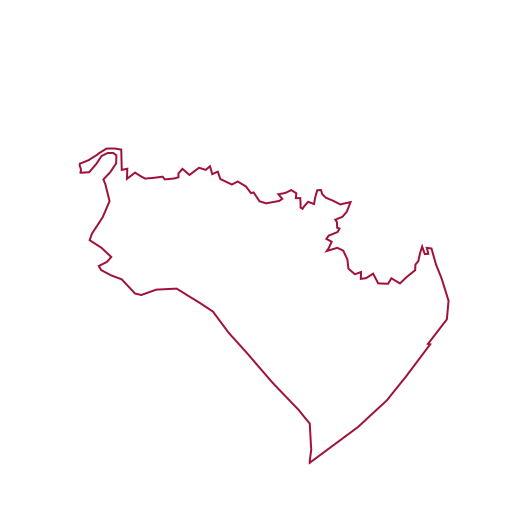 Garr-Bain, Nimba, Liberia (Robinson projection), rotated 41°
{"feature_id": "62588387B82144239475407", "entity_name": "Garr-Bain", "entity_type": "district", "adm_level": 2, "iso_a3": "LBR", "parent_name": "Liberia", "parent_adm1": "Nimba", "projection": "robinson", "projection_center": [-8.959, 7.219], "detail": "fine", "context": "isolated", "style": "outline", "palette": "rose", "viewbox_px": 512, "rotation_deg": 41, "n_neighbors": 0, "source": "geoboundaries", "source_scale": "gbopen_adm2", "svg_char_len": 2417}
<svg xmlns="http://www.w3.org/2000/svg" viewBox="0 0 512 512"><g transform="rotate(41 256 256)"><path d="M432.2,376.8L445.2,318.0L447.0,301.1L449.5,278.9L449.2,273.1L448.5,255.1L448.3,248.7L448.0,244.9L445.4,208.4L443.4,209.5L443.4,208.3L442.6,195.3L441.6,178.6L430.7,163.5L420.6,157.2L410.7,151.1L397.4,144.3L383.5,135.2L379.6,137.8L384.6,141.3L382.1,143.8L375.2,139.9L378.0,146.3L381.9,153.4L381.9,157.8L385.4,162.3L383.5,173.1L382.6,182.3L372.8,184.0L373.9,190.3L366.2,196.5L356.0,192.5L353.6,200.5L351.5,202.9L350.1,204.5L345.8,199.2L342.6,204.9L338.2,204.9L334.0,204.9L327.3,198.7L323.5,197.0L318.3,194.7L312.0,196.5L306.1,205.8L305.9,203.6L305.7,202.3L303.8,195.6L297.9,196.9L297.5,192.9L301.8,184.5L301.7,183.8L301.0,180.5L298.7,181.4L294.8,177.3L292.0,176.5L295.5,169.8L295.5,163.1L292.0,153.3L285.7,161.8L278.3,163.6L270.4,166.2L265.3,165.8L261.8,163.6L259.1,166.2L262.2,172.9L265.7,178.7L259.8,180.9L259.8,188.0L260.2,189.8L259.7,189.9L257.9,190.2L256.9,189.1L254.3,186.2L251.4,183.3L248.1,186.2L245.3,182.2L239.4,183.1L236.7,189.3L232.4,194.7L238.3,195.6L237.5,199.0L234.0,203.5L229.1,209.6L224.8,211.5L222.8,212.4L213.3,209.8L212.5,209.6L211.0,211.8L207.0,211.0L202.7,210.1L201.6,210.3L199.3,210.7L197.2,211.1L193.3,211.8L190.9,217.9L190.5,218.0L178.6,221.3L171.8,217.4L169.3,222.9L162.4,218.5L161.5,224.0L155.1,226.8L152.6,238.5L148.0,238.5L143.3,238.5L143.3,244.6L145.8,247.4L143.8,250.7L139.6,255.2L136.9,258.0L133.5,257.4L127.1,264.6L123.2,268.6L121.7,270.2L117.3,271.3L110.0,272.4L108.0,282.4L101.6,274.6L98.2,279.1L84.5,264.1L79.1,267.4L72.7,273.0L70.1,281.5L69.6,284.2L67.5,291.0L66.9,293.3L62.9,301.1L62.5,301.8L63.3,303.2L66.8,305.3L67.0,305.5L67.7,306.3L68.8,307.6L68.4,308.8L75.1,302.3L75.1,293.5L75.1,291.4L73.8,281.8L76.5,275.6L80.5,272.0L84.6,271.6L89.7,277.9L91.0,288.3L90.9,290.8L90.6,298.3L95.4,300.8L109.5,310.7L110.5,313.8L113.3,322.5L114.8,327.2L115.7,333.5L117.5,346.7L120.1,353.2L127.7,352.1L133.8,351.2L147.4,351.7L147.4,355.1L147.4,358.2L143.9,366.7L148.3,368.2L159.3,365.7L162.2,364.6L169.9,361.7L189.3,363.7L195.0,360.7L197.1,357.0L201.4,349.3L202.9,346.7L217.5,332.7L227.0,331.1L229.2,330.8L244.8,328.2L255.5,326.8L260.2,326.2L263.6,327.0L284.9,331.7L290.8,332.5L291.9,332.6L313.1,335.2L333.6,338.2L351.0,340.7L356.9,341.3L387.1,344.0L389.3,344.2L399.2,346.0L406.5,347.2L422.7,363.9L424.6,365.7L431.2,375.7L432.2,376.8Z" fill="none" stroke="#9f1239" stroke-width="2"/></g></svg>